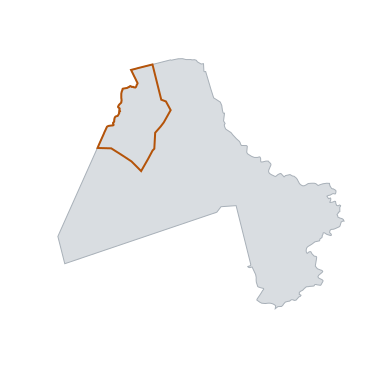 Kidal highlighted on a map of Mali, rotated 256°
{"feature_id": "MLI-2689", "entity_name": "Kidal", "entity_type": "Region", "adm_level": 1, "iso_a3": "MLI", "parent_name": "Mali", "parent_adm1": "", "projection": "natural_earth1", "projection_center": [2.188, 19.739], "detail": "fine", "context": "in_parent", "style": "outline", "palette": "amber", "viewbox_px": 384, "rotation_deg": 256, "n_neighbors": 0, "source": "natural_earth", "source_scale": "10m", "svg_char_len": 5660}
<svg xmlns="http://www.w3.org/2000/svg" viewBox="0 0 384 384"><g transform="rotate(256 192 192)"><path d="M72.3,290.1L72.4,288.7L71.4,287.7L71.3,287.2L72.0,283.0L72.0,282.0L72.4,279.9L71.7,279.0L71.6,278.3L69.9,275.6L69.4,273.3L68.6,271.8L66.6,271.3L65.8,272.6L65.4,272.8L64.6,271.9L64.4,271.1L64.4,270.4L61.9,266.8L62.1,264.9L63.0,263.9L63.4,262.2L62.5,260.3L62.7,258.5L62.6,255.9L61.1,253.7L60.1,252.7L59.3,251.2L60.0,247.6L58.6,244.5L61.4,245.7L62.8,244.6L64.1,243.1L65.2,241.0L65.8,238.5L66.0,236.3L67.2,232.8L68.6,231.2L71.4,228.8L72.2,229.1L76.7,234.1L79.3,236.7L80.2,238.0L81.1,238.1L82.4,235.6L83.8,233.4L84.4,232.9L89.0,232.6L91.4,233.0L93.5,233.6L96.5,233.8L104.6,232.2L104.7,231.2L104.6,230.0L104.9,229.1L105.6,228.3L106.2,228.1L106.4,230.9L107.0,231.4L108.9,231.5L168.1,231.5L170.7,216.6L166.4,211.2L153.2,51.2L181.3,51.1L186.1,54.8L275.8,125.1L276.2,127.4L276.1,130.6L276.8,131.5L278.1,132.5L283.2,135.5L283.6,136.1L283.8,137.4L284.4,138.9L285.5,139.8L286.8,140.4L288.3,140.9L293.0,141.4L293.9,142.1L296.0,144.9L297.0,145.4L303.3,146.9L305.4,147.7L307.6,148.9L308.7,150.1L308.7,154.4L309.6,157.3L309.6,158.0L308.6,159.1L308.3,160.0L307.2,162.2L307.4,163.1L309.6,164.8L310.7,165.3L311.9,165.3L325.2,162.3L325.4,203.1L324.9,203.7L324.6,210.9L323.6,215.2L321.9,218.3L320.8,223.0L320.2,223.9L319.7,226.6L318.7,228.1L317.0,228.7L314.0,231.8L313.7,234.2L306.5,232.8L306.0,232.9L305.7,233.2L305.6,234.4L287.1,235.2L278.1,235.8L272.4,241.2L268.7,241.8L264.1,241.3L261.7,241.3L260.8,241.6L260.6,242.6L253.3,239.8L250.5,240.7L250.1,240.4L249.8,239.8L248.4,239.4L246.3,239.6L244.8,240.0L240.1,244.3L237.6,245.4L232.9,248.0L229.7,250.2L228.5,250.6L226.7,250.7L225.2,251.2L223.8,256.2L222.9,256.7L217.3,254.7L216.2,255.0L215.2,255.5L212.1,258.5L210.5,260.8L209.7,263.9L209.8,265.9L209.3,266.5L207.8,266.7L205.3,266.1L204.4,266.3L204.1,267.9L204.1,271.2L203.5,273.5L202.0,274.2L200.8,275.1L199.9,275.3L199.1,275.1L194.6,271.7L193.1,271.2L191.4,271.6L189.8,273.0L186.9,276.5L187.2,277.8L188.0,279.3L188.5,281.1L188.5,282.7L184.4,285.0L185.3,286.7L185.2,291.3L183.2,293.4L182.6,294.8L180.7,296.3L179.1,297.1L174.1,298.3L172.1,299.8L171.2,301.0L170.9,302.3L171.1,303.7L172.1,306.8L171.7,309.5L170.9,312.8L170.1,314.2L167.8,315.9L168.1,318.0L168.3,321.0L167.9,324.9L167.1,327.5L166.6,327.3L164.4,327.4L161.9,328.2L161.1,328.9L160.9,329.8L158.8,331.9L157.5,331.8L156.2,331.2L155.5,330.6L155.5,330.3L156.3,328.6L156.3,328.0L155.5,325.0L155.7,324.3L155.4,322.0L155.2,321.9L152.5,322.9L152.4,323.3L152.8,324.7L152.5,325.0L151.6,325.0L150.3,324.5L148.8,323.2L148.4,323.6L148.3,324.6L148.2,325.9L148.5,328.2L148.1,329.0L145.8,328.8L144.0,329.1L143.5,329.9L143.3,330.8L143.7,331.8L143.6,332.2L142.8,332.9L142.5,332.8L141.4,331.7L137.2,330.7L136.9,329.1L136.4,329.1L135.1,327.3L134.5,327.3L134.0,327.6L132.4,327.5L131.0,329.1L129.9,331.1L128.8,332.1L127.0,332.5L127.3,331.2L126.8,329.5L123.1,327.3L122.6,326.4L121.7,321.4L121.7,319.9L122.0,318.6L121.9,317.6L121.5,316.8L120.4,316.1L119.3,315.7L117.8,316.7L117.2,316.9L116.5,316.8L116.2,316.5L116.2,316.0L117.8,313.3L118.6,312.2L120.1,310.9L120.6,310.2L120.6,309.7L120.5,309.3L119.4,308.9L117.9,307.6L117.0,307.5L116.3,306.9L115.6,305.0L115.2,304.6L114.5,304.4L113.8,303.9L113.9,299.2L112.4,295.7L111.0,291.2L110.3,290.1L109.1,289.2L107.6,288.6L106.2,288.4L104.6,288.9L104.7,289.4L105.5,290.8L105.6,291.6L105.5,292.4L105.2,292.9L103.1,293.4L100.3,295.0L99.4,296.9L98.7,297.2L97.7,296.9L90.3,293.7L87.2,295.1L85.2,297.9L84.7,298.8L83.7,299.6L83.2,299.6L82.7,299.1L80.6,294.9L79.6,293.8L78.5,293.8L77.5,294.5L76.4,295.9L75.1,297.3L74.3,297.7L73.6,297.4L70.6,294.6L70.4,294.0L71.8,290.6L72.3,290.1Z" fill="#d9dde1" stroke="#a8b0b8" stroke-width="1"/><path d="M257.6,111.0L258.7,111.9L260.1,112.9L261.5,114.0L262.9,115.1L264.3,116.2L265.6,117.2L267.0,118.3L268.4,119.4L269.8,120.5L271.2,121.5L272.5,122.6L273.9,123.7L275.8,125.2L276.0,125.5L276.3,126.8L276.3,127.2L276.1,129.2L275.8,131.0L275.8,131.3L275.8,131.8L275.9,132.0L276.1,132.1L276.5,132.2L276.8,132.2L277.5,132.0L277.8,132.0L278.2,132.1L278.4,132.3L278.7,133.0L279.0,133.4L279.3,133.6L280.0,133.8L280.6,133.9L280.9,134.0L281.2,134.3L281.8,134.4L282.4,134.7L283.4,135.6L283.7,136.1L283.8,136.8L283.8,138.2L284.0,138.5L285.9,140.3L286.2,140.5L286.6,140.5L286.9,140.5L287.1,140.5L287.4,140.7L287.5,141.1L287.6,141.4L287.7,141.7L288.1,141.7L288.5,141.3L288.7,141.2L288.9,141.3L289.1,141.4L289.2,141.5L289.3,141.6L290.3,142.0L290.6,142.0L291.0,141.8L291.7,141.1L292.0,140.9L292.4,140.8L292.7,140.9L292.9,141.1L293.9,141.9L294.5,142.7L295.0,143.5L295.7,144.8L295.9,145.0L296.1,145.1L296.5,145.2L296.8,145.3L297.4,145.7L297.7,145.8L297.9,145.8L299.3,146.1L300.2,146.1L304.6,147.2L306.6,148.2L307.6,149.0L307.8,149.2L308.4,149.3L308.7,149.5L308.9,149.7L309.0,150.0L308.7,153.8L308.7,154.5L308.9,155.2L309.0,155.4L309.1,155.5L309.2,155.8L309.1,156.2L309.1,156.3L309.2,156.7L309.5,157.0L309.6,157.3L309.7,157.7L309.5,158.1L309.2,158.4L308.9,158.6L308.6,158.9L308.4,159.2L308.4,160.0L308.3,160.3L307.9,160.7L307.7,160.8L307.6,161.0L307.5,161.4L307.3,161.8L307.1,162.1L307.2,162.5L307.4,162.9L307.7,163.2L308.0,163.5L308.4,163.7L309.1,164.1L310.1,165.1L310.4,165.4L310.6,165.5L310.8,165.5L311.3,165.5L312.6,165.1L314.2,164.8L317.0,164.2L318.2,163.9L319.7,163.6L322.5,163.0L325.2,162.4L325.2,164.7L325.2,167.0L325.3,169.4L325.3,171.7L325.3,171.8L325.3,174.1L325.3,176.4L325.3,178.8L325.3,181.1L325.3,183.5L325.3,184.5L316.6,184.5L304.3,184.5L289.0,184.5L286.2,188.6L276.6,191.1L266.4,181.5L263.1,177.4L258.4,170.6L243.1,165.9L241.8,163.8L234.6,157.3L224.6,147.7L236.3,140.7L243.6,134.0L253.9,124.2L257.5,111.2L257.6,111.0Z" fill="none" stroke="#b45309" stroke-width="2"/></g></svg>